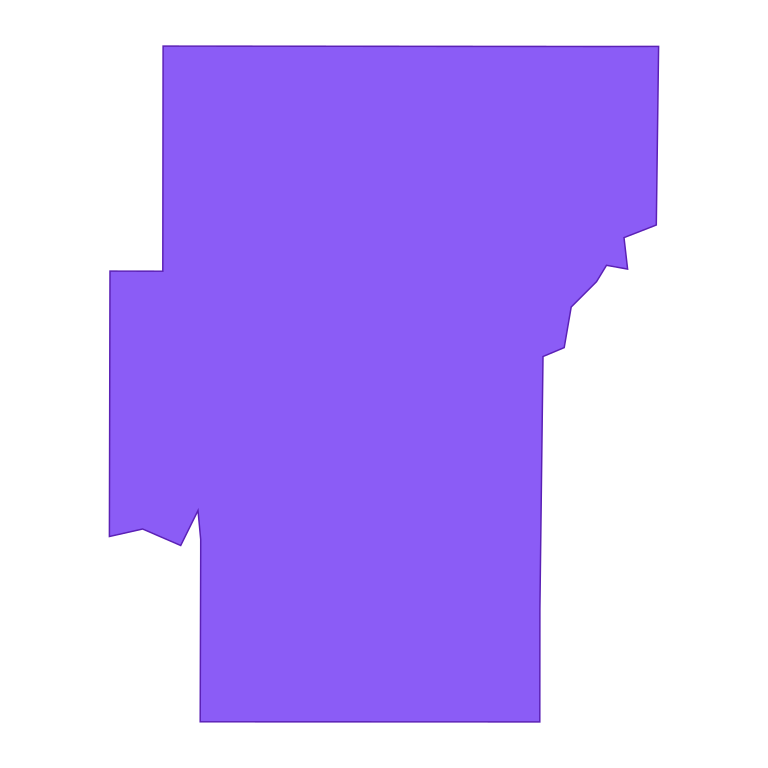 Hughes, Oklahoma, United States of America
{"feature_id": "52423323B77879682345533", "entity_name": "Hughes", "entity_type": "district", "adm_level": 2, "iso_a3": "USA", "parent_name": "United States of America", "parent_adm1": "Oklahoma", "projection": "robinson", "projection_center": [-96.231, 35.029], "detail": "fine", "context": "isolated", "style": "filled", "palette": "violet", "viewbox_px": 768, "rotation_deg": 0, "n_neighbors": 0, "source": "geoboundaries", "source_scale": "gbopen_adm2", "svg_char_len": 404}
<svg xmlns="http://www.w3.org/2000/svg" viewBox="0 0 768 768"><path d="M163.1,46.1L162.8,271.2L110.0,271.1L109.4,536.5L142.6,529.0L180.7,545.5L198.0,510.5L200.7,539.4L200.7,552.7L200.2,721.8L539.8,721.9L539.9,609.1L543.0,356.5L564.2,347.6L571.2,307.0L596.5,281.7L606.5,265.3L627.6,269.1L624.0,237.6L656.3,225.0L658.6,46.4L601.4,46.5L163.1,46.1Z" fill="#8b5cf6" stroke="#5b21b6" stroke-width="1.5"/></svg>